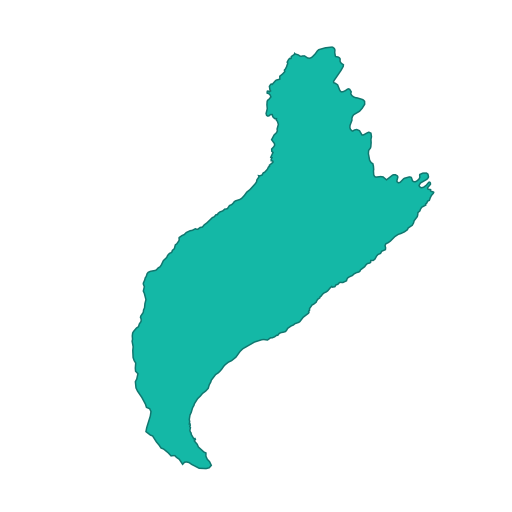 Butha-Buthe (Butha-Buthe District), Butha-Buthe, Lesotho (Equal Earth projection), rotated 43°
{"feature_id": "5366337B51987065811788", "entity_name": "Butha-Buthe (Butha-Buthe District)", "entity_type": "district", "adm_level": 2, "iso_a3": "LSO", "parent_name": "Lesotho", "parent_adm1": "Butha-Buthe", "projection": "equal_earth", "projection_center": [28.266, -28.757], "detail": "fine", "context": "isolated", "style": "filled", "palette": "teal", "viewbox_px": 512, "rotation_deg": 43, "n_neighbors": 0, "source": "geoboundaries", "source_scale": "gbopen_adm2", "svg_char_len": 6029}
<svg xmlns="http://www.w3.org/2000/svg" viewBox="0 0 512 512"><g transform="rotate(43 256 256)"><path d="M366.2,442.8L366.1,439.6L362.3,438.1L359.0,437.9L355.9,436.6L353.7,434.2L351.6,434.9L344.1,435.0L341.4,433.8L337.0,433.3L336.8,431.5L335.8,431.1L335.2,432.1L330.5,430.7L329.0,429.6L328.1,429.5L326.5,428.6L325.1,426.2L323.8,425.9L323.4,424.7L322.2,423.8L321.8,424.3L320.2,422.1L318.8,421.2L316.2,417.4L315.3,414.6L313.1,410.2L312.5,407.6L311.7,406.1L310.6,400.2L310.8,396.4L310.6,393.0L311.3,389.1L311.3,385.4L309.6,382.0L308.9,379.1L308.0,377.2L307.3,370.3L308.1,367.0L308.2,364.5L308.1,362.1L307.6,358.8L307.6,356.5L308.2,352.5L309.5,349.2L310.3,343.7L309.4,336.7L309.6,332.8L313.5,320.1L317.3,313.3L318.6,311.8L321.7,309.6L322.5,305.7L323.5,305.0L324.7,302.5L325.2,299.8L326.0,299.2L325.8,296.9L326.4,295.2L328.2,292.7L329.1,291.1L329.0,289.3L328.5,287.4L328.9,285.4L329.5,282.9L330.4,281.0L330.6,279.0L332.5,275.4L332.8,274.1L332.3,268.7L333.4,262.0L333.1,261.0L332.2,260.6L332.2,259.2L331.0,257.9L330.4,253.4L331.0,252.1L331.5,248.8L330.9,247.1L330.7,245.3L331.2,243.2L330.7,242.1L331.0,240.8L330.7,238.6L331.0,236.4L331.8,234.6L332.2,232.7L332.0,228.5L332.2,226.6L333.1,226.7L334.6,224.7L334.2,222.3L335.2,221.0L335.1,219.5L335.4,218.0L337.6,216.2L339.1,212.4L338.4,211.2L338.0,209.6L338.5,207.5L339.8,204.5L339.9,202.3L340.8,199.7L342.1,197.6L342.4,196.4L341.9,194.9L342.8,189.7L342.5,187.9L342.6,185.6L343.8,183.8L344.2,182.6L343.0,181.0L344.7,179.4L345.1,177.3L344.2,173.6L344.2,171.6L345.3,169.2L344.7,166.8L346.3,163.1L345.2,161.6L343.3,160.4L342.6,158.6L343.6,156.0L344.1,153.4L344.3,147.2L345.3,143.1L346.6,140.8L348.1,137.1L348.8,133.6L348.2,131.7L349.3,127.0L348.7,124.5L347.6,122.3L347.1,117.2L346.2,115.6L344.8,113.8L345.1,111.4L344.2,109.1L344.0,107.1L345.4,103.0L344.6,102.3L344.8,100.8L344.1,98.9L344.8,97.1L343.7,94.5L343.0,92.1L342.9,89.2L342.5,88.2L341.4,88.4L340.4,89.2L339.2,89.3L338.6,88.4L338.3,88.4L336.5,89.7L335.7,89.7L335.0,89.1L334.9,88.4L334.7,84.6L333.8,83.7L333.0,83.5L332.3,83.8L332.1,84.4L332.3,88.0L331.7,91.4L330.5,93.2L329.5,93.7L327.9,93.6L327.1,93.2L326.5,90.5L328.5,83.9L328.7,82.8L328.5,81.1L328.1,80.4L325.9,78.9L324.1,79.1L321.5,81.6L320.2,84.6L320.5,85.2L322.1,86.6L322.7,88.2L322.6,90.7L322.3,92.0L321.7,93.3L320.8,94.0L320.0,94.2L319.2,94.3L316.4,92.8L315.6,92.7L314.2,93.6L311.5,98.0L311.3,99.0L311.2,103.9L310.2,105.4L308.5,105.5L307.9,105.2L305.9,101.5L304.8,101.0L302.5,101.5L301.2,102.8L300.7,103.7L299.5,111.3L295.0,111.5L293.0,112.9L290.1,116.3L289.1,116.9L287.9,116.8L286.8,116.4L283.9,113.7L283.1,112.5L280.6,110.2L278.5,108.8L276.6,109.2L273.8,108.5L268.4,104.5L266.4,102.0L266.0,98.8L265.3,97.6L262.9,94.6L260.5,92.3L259.1,90.0L256.3,87.8L254.1,88.5L253.4,90.0L252.0,94.2L251.0,95.2L246.2,93.8L243.4,94.8L242.1,96.7L241.5,98.7L241.0,99.0L238.8,99.0L237.1,98.1L235.7,96.4L233.6,91.3L232.3,90.0L231.4,88.2L231.1,86.4L231.2,85.6L233.0,79.5L232.9,75.5L232.0,70.9L229.9,68.8L228.1,68.7L227.0,69.0L222.1,71.4L220.9,72.3L218.8,73.1L216.7,73.3L214.5,72.6L213.7,71.0L210.9,70.2L210.2,70.4L209.6,70.7L209.1,71.7L208.6,74.1L207.7,76.3L206.7,77.6L205.9,77.9L204.3,77.7L199.0,75.2L196.2,75.6L194.8,76.2L194.2,76.0L193.5,75.1L191.6,62.4L190.5,57.9L189.5,56.5L187.0,56.9L185.5,56.6L184.6,56.2L183.1,54.5L181.9,54.2L180.3,54.5L178.3,55.8L177.7,55.7L174.8,53.5L173.2,51.5L171.8,50.8L169.7,51.0L168.8,51.7L164.7,56.5L161.2,62.3L161.0,64.1L161.5,67.8L161.4,72.0L161.0,73.6L160.3,74.9L158.6,76.0L155.0,76.6L153.6,78.0L152.8,79.3L151.8,79.8L149.8,80.1L146.9,81.5L146.1,81.5L146.6,82.4L145.8,86.0L146.9,87.6L146.5,88.2L145.9,88.4L145.8,89.9L146.6,93.0L147.3,93.0L148.2,94.1L148.5,95.2L149.2,96.5L150.0,99.3L150.0,100.7L151.3,101.5L151.3,104.9L150.8,108.3L152.8,110.4L150.9,113.5L150.7,114.4L150.8,119.5L150.0,119.7L149.7,120.4L150.1,122.8L152.9,125.0L154.1,125.3L153.8,126.8L152.9,126.8L151.9,127.6L152.3,128.5L153.2,129.3L154.4,128.6L156.3,128.5L158.4,129.5L158.6,132.6L158.3,134.2L158.7,135.3L160.9,138.0L163.8,140.6L166.2,144.9L167.8,145.9L169.1,145.7L169.9,144.7L170.1,142.7L171.4,141.5L173.4,142.7L175.9,142.8L177.3,141.6L177.9,142.6L179.8,142.9L182.6,144.5L184.8,148.7L186.4,150.1L186.9,152.1L186.7,155.1L188.1,160.3L192.8,161.2L194.1,162.3L194.5,163.9L194.5,167.1L196.2,168.7L197.8,168.6L199.5,173.7L200.6,173.2L201.2,175.0L202.2,176.0L203.1,175.2L203.8,175.2L204.5,176.0L203.9,180.5L204.8,181.3L204.4,182.3L205.2,184.9L205.2,189.2L204.6,190.0L205.2,192.8L204.0,194.9L203.1,195.5L204.2,196.0L204.7,199.6L205.9,201.6L206.2,203.9L206.3,211.6L205.7,215.5L206.2,219.6L206.2,223.5L205.7,225.6L203.5,229.5L203.0,231.1L203.3,232.1L203.2,234.9L202.2,237.2L202.8,240.8L202.0,242.2L201.2,242.9L200.9,245.8L199.6,248.3L199.2,250.6L199.6,252.1L198.8,252.8L198.5,253.5L198.7,254.7L198.6,256.4L197.9,257.6L197.5,265.4L196.9,268.6L197.1,271.4L195.7,273.2L195.2,276.2L194.1,277.1L193.1,277.4L191.9,280.7L190.6,282.4L189.0,286.4L188.9,289.3L188.0,291.3L187.2,294.9L187.7,295.6L188.5,296.2L189.2,297.3L189.8,301.3L189.4,302.8L191.3,306.4L191.0,309.0L191.7,310.0L191.6,311.7L191.0,312.9L190.9,314.1L191.0,315.9L191.7,318.0L191.4,322.5L192.9,327.2L193.2,329.5L192.6,331.2L192.6,334.2L192.2,335.2L189.2,339.3L188.3,341.4L188.4,343.1L189.7,345.9L189.9,347.5L191.0,349.5L192.0,352.4L192.6,353.3L195.3,354.6L197.5,358.5L199.7,359.4L205.3,363.0L207.2,366.5L209.8,369.9L210.6,372.2L212.0,374.1L212.7,378.5L213.4,379.7L214.6,380.2L215.8,381.2L216.6,382.4L217.0,385.2L218.2,387.7L218.1,388.8L217.7,390.1L217.9,394.6L218.3,396.4L220.0,398.8L222.5,401.1L223.5,402.8L228.1,406.2L230.3,409.1L235.4,414.1L238.3,415.6L241.0,416.3L244.2,420.3L246.5,422.4L249.9,422.6L252.7,427.3L253.5,430.2L258.2,434.3L261.5,435.6L269.0,437.3L276.3,439.8L279.1,441.4L282.4,440.2L285.3,441.4L287.9,445.2L293.1,456.0L295.3,459.5L300.9,459.0L303.1,458.1L310.0,459.9L314.1,460.4L317.5,461.2L320.0,460.2L326.0,459.8L330.2,460.1L331.5,458.5L332.9,457.3L335.0,457.5L338.5,457.0L344.4,458.4L344.4,455.5L345.8,453.9L348.0,452.7L351.0,452.3L359.2,450.0L364.5,445.5L366.2,442.8Z" fill="#14b8a6" stroke="#0f766e" stroke-width="1.5"/></g></svg>